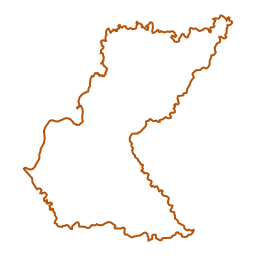 outline of José Batlle y Ordóñez, Lavalleja, Uruguay
{"feature_id": "84410073B85755445847609", "entity_name": "José Batlle y Ordóñez", "entity_type": "district", "adm_level": 2, "iso_a3": "URY", "parent_name": "Uruguay", "parent_adm1": "Lavalleja", "projection": "robinson", "projection_center": [-55.068, -33.521], "detail": "fine", "context": "isolated", "style": "outline", "palette": "amber", "viewbox_px": 256, "rotation_deg": 0, "n_neighbors": 0, "source": "geoboundaries", "source_scale": "gbopen_adm2", "svg_char_len": 5770}
<svg xmlns="http://www.w3.org/2000/svg" viewBox="0 0 256 256"><path d="M23.8,168.9L32.1,178.2L32.5,182.4L37.0,189.3L38.8,188.4L40.3,188.7L41.5,190.1L40.3,193.3L41.9,193.5L43.3,192.7L45.0,192.6L46.8,194.5L46.3,196.1L45.4,197.5L44.2,198.1L43.9,199.7L44.3,201.1L45.3,201.1L46.8,200.1L47.3,201.8L46.5,203.1L47.3,203.6L50.6,202.5L51.9,203.2L51.8,204.5L49.5,205.5L49.5,206.5L50.2,207.5L49.7,209.3L50.9,210.0L52.3,208.7L53.2,209.2L53.3,211.4L54.8,213.0L54.9,215.0L56.8,218.5L54.9,221.5L54.7,223.1L56.9,224.0L57.2,225.3L58.5,226.5L62.1,226.9L62.7,226.0L64.5,225.9L66.6,224.9L68.3,225.6L70.9,229.0L71.9,229.0L72.4,226.0L76.6,222.4L77.8,222.3L78.7,223.1L79.3,226.6L84.4,226.7L87.5,228.0L89.6,227.7L91.4,225.3L92.2,225.0L92.8,225.4L95.4,225.2L96.9,224.1L97.9,224.8L100.7,225.3L102.6,225.0L105.7,223.1L108.6,222.0L111.2,222.6L115.1,225.5L115.4,226.7L114.6,227.3L114.8,228.4L120.3,228.6L123.2,227.6L124.8,228.5L124.3,232.5L125.0,234.5L126.8,234.4L131.7,237.5L134.6,236.4L140.6,235.2L144.4,232.6L145.9,232.7L147.4,234.0L147.6,236.0L148.3,237.2L148.5,240.6L152.3,238.8L152.2,235.5L153.3,234.7L155.0,234.6L155.9,235.1L156.0,238.2L160.2,240.4L161.6,240.1L161.7,239.0L162.9,238.1L170.9,237.7L172.0,237.0L172.3,236.0L175.4,234.6L175.8,233.4L176.5,232.5L177.9,232.3L178.8,233.5L181.1,234.0L181.8,234.9L181.8,236.2L183.2,236.8L185.1,237.0L187.1,236.4L188.7,234.7L190.5,234.7L191.5,234.1L192.6,232.7L193.8,230.1L193.5,229.8L191.5,230.7L188.9,229.6L187.7,230.5L184.6,228.8L184.2,226.3L182.3,224.8L178.6,223.1L177.8,220.8L174.9,218.4L175.2,216.3L174.3,214.0L174.3,212.3L170.6,211.3L170.6,210.1L172.3,207.0L172.4,205.6L169.4,205.2L168.6,204.1L167.8,202.2L168.9,198.4L168.0,197.1L166.4,196.2L164.1,195.9L162.3,194.6L161.7,193.7L162.7,191.1L161.2,190.2L159.4,191.4L159.0,191.2L158.1,188.1L156.9,186.3L154.6,187.1L153.1,185.8L151.8,186.6L150.6,185.3L150.7,184.2L151.7,181.9L151.3,180.9L148.0,179.4L147.5,178.5L148.6,174.3L148.1,173.7L146.8,173.2L144.2,173.3L143.9,172.2L141.6,171.2L141.4,170.5L142.7,169.6L142.9,168.7L142.3,167.3L142.9,164.9L140.8,164.4L140.0,162.4L138.1,160.5L138.1,159.4L135.0,156.9L135.0,155.3L133.1,153.6L132.1,149.9L133.0,148.7L132.7,147.5L131.7,146.7L131.3,145.1L132.0,143.6L129.9,141.1L129.7,137.7L130.4,137.1L130.4,136.0L132.2,133.7L137.9,133.5L138.3,132.5L139.9,132.3L145.8,126.1L146.3,124.1L146.0,122.2L146.4,121.2L148.7,120.8L149.3,119.4L150.5,119.0L151.3,119.9L153.0,120.9L155.3,121.0L156.4,120.6L158.1,121.9L159.8,121.7L159.5,120.7L159.8,120.0L162.6,119.4L165.8,117.0L167.3,118.1L169.3,118.3L170.9,117.7L170.9,116.3L169.9,114.9L170.0,113.9L171.2,112.6L173.6,112.8L174.9,112.0L174.8,110.4L173.6,108.3L174.7,107.3L175.2,106.3L174.2,105.2L175.5,104.0L178.0,104.3L178.8,103.0L178.0,100.9L178.2,100.0L177.5,98.7L178.0,96.1L183.2,95.4L183.6,93.4L186.6,92.8L187.2,89.1L189.8,84.5L190.8,81.4L193.9,77.2L192.5,74.7L192.7,73.4L196.0,70.3L200.3,70.0L202.3,67.9L203.7,67.6L206.4,68.5L208.0,67.3L209.2,65.5L209.7,63.7L209.6,61.9L209.9,59.9L211.0,58.3L211.3,55.5L213.6,55.1L215.8,52.4L215.0,50.5L214.7,47.7L216.9,43.6L219.6,42.3L220.1,41.6L220.1,39.3L219.2,37.1L219.8,36.7L221.3,36.9L223.7,38.4L224.9,38.4L225.9,37.7L226.3,36.8L225.3,35.9L225.3,34.5L226.6,33.0L226.6,28.6L227.3,28.0L227.5,25.1L229.8,25.1L231.2,24.1L232.2,22.5L231.7,21.4L230.2,21.0L228.8,19.7L229.5,18.0L228.5,17.3L227.6,18.3L227.6,19.4L226.6,20.4L225.9,18.8L223.3,16.5L221.4,15.4L220.4,15.6L219.8,17.4L218.8,18.6L214.7,18.4L213.3,19.0L215.3,20.8L213.5,24.0L214.4,26.0L213.6,27.3L211.1,27.2L210.5,27.6L210.3,28.7L210.9,31.0L210.5,32.3L209.3,31.8L208.0,29.0L206.5,28.4L204.6,28.5L203.2,29.3L202.7,30.1L199.3,31.0L195.6,28.4L192.9,28.9L191.7,28.2L190.4,28.1L189.5,29.7L189.9,31.4L189.8,33.0L188.7,34.3L188.0,36.8L187.0,37.5L186.2,37.3L184.3,35.9L183.8,34.4L182.6,33.9L181.6,34.7L180.7,36.8L179.1,38.9L179.2,40.9L177.3,42.0L174.5,41.5L173.4,39.5L171.2,37.4L171.8,35.9L172.8,35.8L175.0,37.0L176.2,36.1L176.2,35.5L174.9,33.9L174.7,32.9L173.1,31.4L171.1,31.3L169.8,32.0L167.9,31.5L164.1,32.4L161.0,31.2L160.5,31.8L159.4,32.1L158.6,31.5L158.5,30.1L157.7,30.0L154.3,32.7L152.7,32.9L152.1,31.0L152.9,28.2L152.7,25.1L152.3,23.1L151.7,22.5L150.1,22.4L148.7,24.6L146.3,25.9L146.4,26.7L148.4,27.3L147.7,29.9L146.3,29.7L143.6,27.2L142.1,27.4L141.7,26.6L142.2,25.7L141.9,25.0L140.4,23.7L138.4,23.4L137.0,21.9L136.4,22.8L137.2,24.7L136.6,25.4L136.2,28.0L135.7,28.6L132.3,29.2L131.4,28.3L130.5,28.1L128.0,29.0L126.6,28.3L125.5,26.2L123.1,26.5L122.1,27.6L120.3,26.7L120.1,25.3L119.3,25.0L118.2,26.1L119.0,27.3L119.2,28.4L116.8,29.4L117.0,30.9L115.8,31.1L114.9,29.9L113.4,29.5L112.8,30.7L111.4,31.7L111.2,32.5L110.8,32.7L109.8,31.5L109.5,30.1L108.6,28.6L107.8,28.7L106.2,30.9L106.0,33.5L106.7,34.7L105.6,36.2L105.7,37.4L105.4,38.6L106.0,40.8L105.1,40.9L103.6,40.2L102.7,40.7L101.5,40.7L100.7,42.3L101.7,43.4L101.7,45.6L103.3,46.2L103.5,47.8L101.4,49.9L100.8,51.0L101.1,52.5L100.8,53.1L102.1,53.1L102.9,53.8L103.4,56.6L103.9,57.7L103.5,58.3L103.4,60.8L102.9,60.9L102.8,62.0L101.6,62.7L101.3,63.5L103.2,64.1L104.2,66.3L105.3,66.8L107.1,68.7L105.8,72.2L105.4,72.6L105.6,74.1L104.2,75.4L104.0,76.2L102.3,76.2L102.1,75.3L100.4,75.4L99.6,75.9L99.2,74.8L98.1,74.1L98.3,73.5L97.3,73.0L96.8,73.5L95.7,73.0L95.1,73.3L93.4,76.4L91.7,76.2L91.5,77.1L90.7,78.2L89.9,84.1L90.0,86.1L88.7,88.2L88.2,91.4L84.1,93.1L81.8,94.8L79.6,97.3L78.4,102.0L79.2,103.7L79.3,105.1L78.8,106.2L77.0,107.7L77.3,108.3L80.3,105.7L81.0,105.8L82.7,110.1L82.8,112.2L82.1,118.4L82.9,121.5L79.2,124.9L77.7,124.7L76.6,125.0L75.6,124.0L73.5,123.4L73.2,122.3L70.6,119.5L68.5,118.5L65.9,118.1L58.2,121.4L56.2,121.5L52.7,120.3L51.3,120.3L49.5,121.1L45.7,126.6L43.9,130.7L44.7,138.2L44.1,142.6L40.5,149.4L40.8,150.2L39.4,154.3L39.3,158.8L35.5,165.1L35.4,166.2L33.3,168.5L31.8,169.4L29.0,169.3L25.3,167.7L24.4,168.1L23.8,168.9Z" fill="none" stroke="#b45309" stroke-width="2"/></svg>